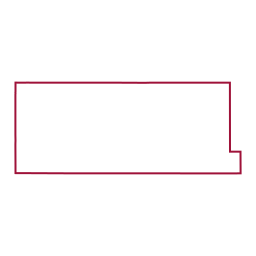 the district of Divide, North Dakota, United States of America
{"feature_id": "52423323B7908254608729", "entity_name": "Divide", "entity_type": "district", "adm_level": 2, "iso_a3": "USA", "parent_name": "United States of America", "parent_adm1": "North Dakota", "projection": "equal_earth", "projection_center": [-103.804, 48.816], "detail": "fine", "context": "isolated", "style": "outline", "palette": "rose", "viewbox_px": 256, "rotation_deg": 0, "n_neighbors": 0, "source": "geoboundaries", "source_scale": "gbopen_adm2", "svg_char_len": 665}
<svg xmlns="http://www.w3.org/2000/svg" viewBox="0 0 256 256"><path d="M229.9,82.7L229.7,82.7L149.2,82.7L145.3,82.8L121.5,82.7L93.8,82.7L62.2,82.7L53.4,82.7L30.8,82.7L28.6,82.6L20.9,82.7L15.5,82.6L15.5,85.8L15.5,90.8L15.5,91.5L15.4,92.7L15.5,93.1L15.4,94.4L15.4,95.0L15.4,96.5L15.4,97.3L15.4,98.9L15.4,104.3L15.4,105.6L15.4,106.6L15.4,112.2L15.4,113.3L15.4,113.7L15.4,115.3L15.4,115.7L15.4,120.3L15.4,132.7L15.4,134.8L15.5,140.5L15.4,144.0L15.4,145.1L15.5,165.6L15.5,165.9L15.5,167.0L15.5,167.3L15.5,169.2L15.5,169.5L15.5,173.1L63.7,173.3L236.4,173.4L238.9,173.3L240.6,173.3L240.5,151.7L230.0,151.7L229.9,82.7Z" fill="none" stroke="#9f1239" stroke-width="2"/></svg>